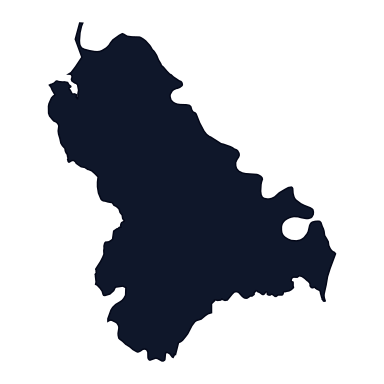 outline of Margarita, Bolívar, Colombia
{"feature_id": "7082276B40110107140606", "entity_name": "Margarita", "entity_type": "district", "adm_level": 2, "iso_a3": "COL", "parent_name": "Colombia", "parent_adm1": "Bolívar", "projection": "robinson", "projection_center": [-74.198, 9.061], "detail": "fine", "context": "isolated", "style": "filled", "palette": "ink", "viewbox_px": 384, "rotation_deg": 0, "n_neighbors": 0, "source": "geoboundaries", "source_scale": "gbopen_adm2", "svg_char_len": 5904}
<svg xmlns="http://www.w3.org/2000/svg" viewBox="0 0 384 384"><path d="M335.5,253.8L334.4,252.4L332.7,251.6L331.4,250.4L330.1,248.6L328.7,245.5L328.2,241.7L326.5,238.6L324.6,235.5L324.0,231.1L323.3,228.8L322.2,226.4L320.9,222.6L319.7,221.4L318.1,221.2L315.1,221.4L312.4,222.1L311.2,222.9L310.4,224.0L309.7,225.4L308.3,231.5L307.1,233.9L304.1,237.7L302.3,239.0L300.3,240.1L296.5,240.9L291.2,240.5L287.8,239.1L285.0,237.3L283.3,235.7L282.3,234.0L281.7,232.4L281.4,230.0L281.4,226.7L281.8,224.8L282.4,223.3L283.5,221.7L284.9,220.2L286.8,218.9L289.0,217.8L291.3,217.0L293.9,216.5L298.0,216.7L301.2,217.6L306.1,218.5L308.1,218.5L309.9,218.0L311.0,217.6L311.9,216.8L313.2,214.4L313.4,212.1L312.9,209.8L312.0,208.9L310.2,207.8L304.3,205.5L300.9,203.8L296.0,200.1L294.6,198.4L293.8,196.5L293.0,193.3L292.7,188.6L292.2,187.6L291.4,187.1L288.4,187.6L285.2,189.3L279.3,192.8L274.7,197.0L271.8,198.4L269.2,199.0L267.1,199.0L264.0,198.4L262.3,197.3L261.1,194.9L260.6,191.2L261.0,184.4L261.5,181.9L262.4,179.2L262.0,177.7L260.7,176.3L258.4,175.0L256.9,174.5L245.6,173.7L242.3,173.0L238.7,171.2L236.5,168.6L235.7,165.9L235.6,162.5L236.8,159.7L238.7,156.8L239.2,155.1L239.0,153.3L237.6,150.8L236.5,149.9L234.0,148.9L232.6,147.8L230.4,146.7L223.6,144.3L221.0,143.7L210.4,136.9L210.1,137.0L209.6,136.8L206.5,134.4L204.0,131.2L199.6,122.9L196.1,114.0L195.1,112.9L193.3,112.1L192.6,111.4L191.7,109.8L190.8,106.7L189.9,105.8L189.2,105.3L186.4,104.8L180.2,104.6L177.2,104.2L174.8,103.3L173.0,102.2L171.0,100.1L170.1,97.0L170.0,95.6L170.2,94.3L172.0,91.1L173.5,89.7L176.3,88.4L177.6,88.2L179.8,87.3L181.8,85.8L182.3,85.0L182.3,84.1L181.8,82.5L180.9,81.5L179.1,80.8L173.3,76.9L171.1,74.8L169.7,74.2L166.6,71.0L163.4,67.2L161.4,65.5L160.8,63.9L158.4,59.8L156.6,55.4L154.7,52.3L153.4,50.6L152.5,50.0L150.4,46.4L149.5,45.2L145.6,40.9L143.1,39.0L140.6,37.5L139.3,37.1L132.0,36.9L128.1,36.4L127.0,36.2L123.7,34.2L122.3,33.7L119.3,35.3L112.9,39.9L110.6,42.8L109.1,45.2L107.5,46.9L106.0,48.2L102.0,50.6L99.9,51.4L97.5,51.7L94.7,51.6L89.5,50.7L84.2,49.3L81.5,47.9L80.0,45.4L79.6,43.6L79.4,40.7L80.0,32.7L81.5,26.1L82.7,23.2L79.7,23.0L75.3,39.2L81.9,57.2L75.6,66.7L71.1,72.6L68.6,74.1L70.6,74.2L71.5,75.0L72.0,76.1L72.0,77.4L71.4,79.2L71.9,80.9L74.7,82.9L76.4,83.5L77.6,84.8L78.6,90.2L77.9,94.0L78.1,96.2L77.5,97.9L77.7,99.4L76.1,97.0L76.4,95.8L76.3,94.7L74.6,93.9L72.6,94.1L72.3,93.9L71.9,93.5L70.1,90.0L69.1,89.1L69.0,87.9L70.6,87.0L70.8,86.3L68.9,84.8L67.6,82.5L64.6,81.9L62.5,82.0L58.8,81.6L57.0,81.0L56.2,81.1L54.1,83.1L51.9,84.1L51.0,84.7L51.0,84.4L50.7,84.4L49.4,85.1L51.1,87.3L52.1,89.8L54.9,94.7L54.6,95.3L53.2,96.1L51.5,98.0L49.0,103.7L48.5,106.2L48.6,113.2L49.6,116.0L52.8,119.9L53.9,121.0L55.8,121.8L56.9,122.5L58.5,124.7L58.8,126.2L58.2,130.9L58.6,134.1L59.9,138.4L60.9,143.1L62.4,145.6L65.1,148.6L65.5,149.8L65.1,149.9L65.5,151.5L66.5,153.5L66.8,153.2L67.4,154.2L67.7,155.0L67.4,155.3L67.6,156.6L67.9,156.6L67.9,158.3L68.1,159.5L67.7,159.6L68.2,161.5L68.8,162.1L69.2,162.1L71.9,160.5L73.9,160.5L75.5,161.9L76.3,163.4L81.1,166.7L84.8,167.4L87.8,169.4L88.6,169.5L91.7,170.8L94.7,173.4L98.1,176.9L97.5,182.1L97.5,186.8L98.5,193.1L101.0,199.1L101.8,200.0L103.2,200.8L105.3,201.1L107.9,201.9L112.0,202.6L112.5,203.0L113.9,205.2L116.3,206.4L117.9,207.8L119.1,209.1L120.1,212.5L122.2,215.1L122.7,218.5L123.5,219.8L124.4,220.5L124.3,221.2L121.7,222.6L121.2,223.4L120.7,225.1L120.9,227.2L119.4,227.3L117.7,228.8L117.0,228.8L113.7,231.1L112.6,239.1L111.6,240.1L109.6,241.4L108.6,241.9L105.5,242.2L104.7,243.2L104.0,246.0L104.1,248.2L103.8,250.6L104.0,254.2L102.7,257.4L100.6,261.5L95.8,269.0L95.8,269.6L96.3,270.9L96.1,271.5L96.3,272.4L96.2,273.1L95.2,274.3L95.5,274.7L95.4,275.7L96.1,282.0L95.6,284.3L97.2,285.1L100.3,288.4L102.2,291.2L103.2,294.6L103.7,295.3L104.9,295.5L109.9,294.0L113.7,290.6L115.0,287.8L115.7,287.1L122.8,286.1L125.9,287.6L125.6,295.3L123.8,298.5L122.1,300.5L119.9,302.0L115.7,304.5L112.7,307.4L111.0,310.1L107.9,318.7L107.9,321.3L109.7,320.3L110.8,320.1L111.9,320.3L115.8,322.2L117.0,323.1L118.3,325.2L118.8,326.6L118.9,328.0L118.1,333.3L118.2,335.3L118.8,338.1L119.6,339.0L122.7,341.3L125.8,344.3L129.7,346.7L133.1,349.6L136.6,351.6L137.7,352.0L138.6,351.8L140.5,350.9L142.6,349.4L144.1,349.0L145.2,349.1L146.2,349.5L147.0,350.2L147.9,352.2L148.0,357.5L148.3,358.7L149.3,359.9L150.0,360.1L155.7,358.1L157.5,358.5L161.8,360.9L163.1,361.0L164.5,360.2L164.9,359.4L165.4,353.8L166.3,352.3L167.5,352.5L169.8,353.7L172.3,357.0L173.1,357.4L174.4,354.9L174.5,354.6L174.1,354.3L174.2,354.0L175.5,354.5L178.4,343.0L178.9,342.4L180.5,341.8L182.5,340.3L185.6,336.5L187.7,333.7L191.9,325.6L194.9,321.6L196.6,320.5L201.1,319.1L205.3,315.6L207.9,313.8L211.5,312.7L211.5,303.7L214.6,300.7L214.5,300.0L215.4,299.8L217.5,300.4L220.4,300.1L221.2,299.7L221.6,299.0L222.2,299.0L222.8,299.6L225.0,300.4L227.3,300.0L232.1,294.1L234.1,292.1L236.0,291.6L237.3,291.8L238.8,292.5L242.1,296.2L243.7,297.5L245.0,298.1L246.9,298.2L248.8,297.1L249.8,296.1L252.1,296.0L254.1,294.4L254.1,292.6L254.9,292.0L256.0,290.6L256.7,290.7L257.6,291.6L259.8,292.5L262.0,294.2L262.8,294.5L263.3,294.5L264.4,293.9L265.8,291.8L266.5,291.8L267.1,292.2L267.4,294.4L268.6,295.0L270.0,295.1L271.2,294.3L272.3,294.3L275.1,296.4L276.1,296.4L278.0,295.0L282.0,295.0L282.7,294.5L283.2,293.3L283.4,292.1L283.9,291.7L285.2,291.7L287.0,291.2L288.9,290.9L291.0,289.8L293.0,288.1L293.5,287.3L293.1,286.0L293.1,282.6L292.9,282.0L291.7,281.7L291.2,281.3L291.2,279.6L292.0,277.9L293.4,277.1L297.3,277.2L298.8,276.0L299.9,275.8L302.1,276.5L304.7,278.3L307.3,280.7L307.9,281.0L309.6,282.8L310.1,284.0L310.1,285.9L311.3,287.5L312.4,287.8L314.4,287.3L315.3,287.4L315.5,288.2L316.3,288.5L316.5,288.9L319.4,290.3L320.3,291.4L320.5,293.0L321.7,297.4L322.2,297.7L322.0,299.0L323.5,300.1L323.1,300.6L323.6,301.1L324.9,301.2L325.2,300.9L324.3,298.0L324.0,295.9L324.1,293.9L326.1,284.9L327.5,276.6L330.0,268.6L335.5,253.8Z" fill="#0f172a" stroke="#020617" stroke-width="1.5"/></svg>